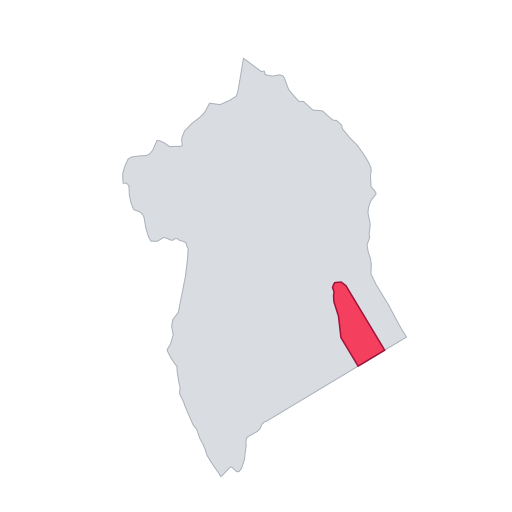 location of Buvuma within Uganda, rotated 329°
{"feature_id": "UGA-5598", "entity_name": "Buvuma", "entity_type": "District", "adm_level": 1, "iso_a3": "UGA", "parent_name": "Uganda", "parent_adm1": "", "projection": "natural_earth1", "projection_center": [33.174, -0.326], "detail": "fine", "context": "in_parent", "style": "filled", "palette": "rose", "viewbox_px": 512, "rotation_deg": 329, "n_neighbors": 0, "source": "natural_earth", "source_scale": "10m", "svg_char_len": 2619}
<svg xmlns="http://www.w3.org/2000/svg" viewBox="0 0 512 512"><g transform="rotate(329 256 256)"><path d="M343.3,403.0L337.4,403.0L327.9,403.0L318.4,403.0L308.9,403.0L299.4,403.0L289.9,403.0L280.4,403.0L270.9,403.0L261.4,403.0L251.9,403.0L242.5,403.0L232.9,403.0L223.5,403.0L214.0,403.0L204.5,403.0L195.0,403.0L185.5,403.0L179.8,403.0L178.7,402.8L177.9,402.5L174.4,403.3L170.7,406.0L166.7,407.1L162.5,406.7L162.0,407.0L159.8,406.9L156.7,406.7L154.0,407.4L151.8,409.8L149.7,413.9L145.8,418.5L142.7,422.7L140.1,425.6L134.2,430.5L131.0,431.9L129.4,431.7L128.4,430.8L126.5,424.6L125.4,423.6L113.9,426.8L112.1,426.8L112.3,424.9L111.4,410.3L111.3,401.4L112.8,395.8L113.7,389.4L113.8,383.7L115.9,374.1L115.1,368.3L117.8,348.0L118.6,344.7L119.6,334.9L121.3,331.9L122.8,330.7L124.8,324.7L128.6,315.1L131.2,310.2L130.6,299.4L131.1,292.0L131.7,290.4L137.2,287.6L144.5,280.8L147.5,272.8L151.9,267.7L160.2,264.4L160.3,264.4L185.1,237.0L196.6,222.2L201.7,214.6L201.8,211.9L202.8,208.3L200.8,205.6L198.4,203.0L197.6,200.7L195.5,199.5L192.6,199.6L190.6,197.9L188.4,194.5L186.1,192.5L179.1,192.6L173.7,189.2L173.7,184.6L175.9,175.5L180.0,165.0L180.2,162.1L179.6,159.7L178.6,157.6L176.8,155.5L175.0,153.0L176.4,145.5L179.0,138.1L181.1,134.4L183.2,130.3L182.6,126.9L179.6,125.2L181.2,121.9L184.4,116.4L190.8,110.7L196.3,107.0L200.1,107.0L207.3,110.0L213.8,113.5L217.4,113.7L221.8,112.2L230.8,105.9L233.0,107.9L235.6,111.7L238.5,118.0L244.2,120.9L246.9,122.8L248.9,123.4L250.0,122.9L252.1,118.0L254.7,115.3L259.5,111.9L270.2,109.2L277.8,108.4L281.0,107.8L286.4,106.2L294.9,101.1L303.2,107.7L312.3,108.9L321.1,108.9L323.8,106.9L325.4,105.4L334.6,94.7L347.1,80.1L355.5,100.6L358.3,101.8L357.9,103.6L357.2,105.3L362.7,110.2L369.4,112.8L371.8,115.3L372.0,118.1L369.7,130.1L370.2,133.5L372.3,145.5L376.3,148.1L379.9,160.2L387.1,165.3L388.1,166.8L389.7,172.7L391.9,179.1L393.7,180.6L394.7,180.9L396.8,187.7L395.6,191.5L397.3,203.2L399.9,213.5L400.7,225.9L400.7,231.4L400.6,234.7L400.0,239.4L398.7,242.2L396.4,244.8L393.9,249.0L391.7,253.4L390.3,255.6L391.4,262.3L391.1,264.1L390.5,264.9L387.3,266.0L383.1,267.7L380.6,269.5L377.0,272.9L374.2,276.6L370.4,287.4L364.1,295.8L363.0,298.6L357.0,303.6L354.4,309.8L352.7,317.4L350.4,322.8L345.4,330.3L344.2,342.1L344.4,365.6L343.1,392.4L343.3,403.0Z" fill="#d9dde1" stroke="#a8b0b8" stroke-width="1"/><path d="M317.8,403.0L309.6,403.0L299.8,403.0L290.0,403.0L286.8,403.0L286.8,369.6L295.7,350.1L299.2,335.4L302.1,329.8L304.3,327.3L304.9,324.8L305.3,322.6L307.0,321.0L309.6,319.4L310.8,319.8L315.7,322.3L317.8,327.8L317.8,403.0L317.8,403.0Z" fill="#f43f5e" stroke="#9f1239" stroke-width="1.5"/></g></svg>